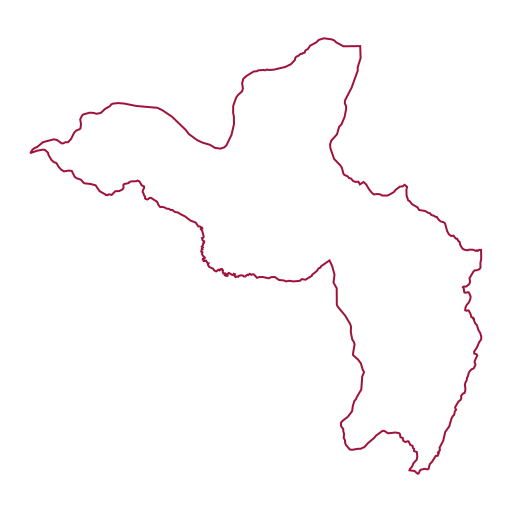 El Rosario, Nariño, Colombia (Robinson projection)
{"feature_id": "7082276B32433349406288", "entity_name": "El Rosario", "entity_type": "district", "adm_level": 2, "iso_a3": "COL", "parent_name": "Colombia", "parent_adm1": "Nariño", "projection": "robinson", "projection_center": [-77.45, 1.827], "detail": "fine", "context": "isolated", "style": "outline", "palette": "rose", "viewbox_px": 512, "rotation_deg": 0, "n_neighbors": 0, "source": "geoboundaries", "source_scale": "gbopen_adm2", "svg_char_len": 6040}
<svg xmlns="http://www.w3.org/2000/svg" viewBox="0 0 512 512"><path d="M481.1,249.9L479.2,249.8L477.8,250.9L476.8,250.3L476.1,250.9L472.8,249.7L469.0,249.7L468.2,250.2L465.7,250.1L463.2,249.2L461.7,247.5L460.1,244.6L459.6,241.9L458.1,240.8L457.2,238.8L456.3,238.8L455.2,237.9L453.4,235.6L451.1,236.0L448.9,234.3L447.1,231.0L445.1,223.6L444.0,222.4L440.4,221.3L438.5,219.5L436.8,216.9L435.4,216.9L434.2,215.9L431.4,215.0L430.0,213.3L428.5,213.0L425.2,211.0L419.1,210.0L417.6,207.4L412.0,204.2L409.7,201.2L408.2,200.4L406.6,195.7L406.4,190.1L407.0,186.8L404.6,184.8L402.6,186.4L400.0,186.6L395.9,189.6L393.7,192.2L387.8,195.5L382.1,195.5L380.3,194.4L377.7,194.0L373.7,194.4L371.7,192.6L368.9,189.1L366.2,184.5L363.6,182.0L359.9,184.4L358.4,181.7L355.6,181.9L353.3,181.1L350.9,178.5L349.1,178.1L347.6,176.3L344.5,175.0L343.5,173.9L341.9,167.9L340.6,165.7L334.1,158.9L330.4,148.2L330.1,144.4L331.2,140.7L337.0,134.3L339.1,126.9L341.6,124.1L344.6,116.9L346.2,108.6L346.0,105.9L344.9,103.6L344.9,100.6L351.5,87.9L357.7,70.7L357.7,67.3L360.6,58.1L360.2,46.1L343.5,46.3L336.1,42.3L334.2,40.4L331.8,39.4L323.9,38.3L318.7,39.9L316.3,42.4L310.1,45.7L308.0,48.9L305.4,50.5L304.6,52.7L302.8,53.1L302.0,53.9L300.5,53.9L298.3,55.9L296.4,56.6L295.4,57.8L294.8,60.1L290.9,64.2L285.2,67.0L273.6,69.7L268.8,70.0L267.0,69.5L265.2,70.3L263.6,70.0L258.5,70.3L257.0,71.2L253.7,71.5L246.7,75.8L243.3,78.8L242.1,83.4L242.9,88.2L242.2,91.2L238.1,94.9L236.2,97.5L233.2,105.9L233.1,112.6L233.9,116.7L234.0,124.1L231.5,134.9L226.4,145.4L224.1,147.4L221.9,148.2L220.4,148.6L215.1,147.9L209.9,144.8L202.7,142.7L197.3,140.2L188.9,134.1L185.8,130.0L172.1,116.8L162.2,110.1L157.4,107.8L136.5,106.0L123.7,103.5L118.1,103.1L112.9,103.6L111.3,104.4L109.9,106.2L105.2,108.8L100.8,112.9L96.6,113.8L93.5,112.9L89.7,112.7L83.7,114.3L82.2,115.3L80.2,119.3L81.0,124.1L80.5,128.3L79.6,129.2L76.3,130.5L74.2,132.6L70.9,139.2L68.1,142.2L65.1,142.3L63.4,143.3L61.7,143.4L57.2,140.1L53.9,139.3L45.5,141.5L42.8,142.3L37.3,146.9L33.9,148.5L32.4,149.8L30.7,152.6L30.9,152.9L36.8,150.8L42.4,149.7L44.7,149.8L48.0,152.7L48.5,155.0L51.4,159.9L54.2,162.4L55.6,162.6L56.5,163.2L58.6,166.8L61.1,169.6L64.1,171.4L68.4,170.6L71.7,170.9L74.8,177.0L77.1,178.4L81.0,179.7L83.0,182.2L84.4,183.3L90.6,184.0L95.6,185.3L99.6,191.2L105.2,194.3L105.6,194.9L107.4,195.2L108.9,194.3L111.7,194.9L115.3,191.2L119.2,191.1L122.6,189.4L123.5,187.7L123.4,185.0L124.2,184.0L128.6,183.1L129.3,182.1L131.2,181.4L136.6,181.2L137.6,180.6L139.3,181.3L141.7,185.3L144.1,186.5L144.0,188.2L142.9,190.2L142.6,191.9L143.6,193.6L143.9,195.1L145.1,196.7L145.0,198.3L145.6,198.9L147.5,199.5L149.7,197.9L151.1,197.9L157.1,201.8L158.4,204.9L160.2,207.1L162.4,206.9L165.0,207.6L166.4,208.6L168.9,208.8L170.7,210.0L172.3,209.9L174.8,211.9L178.6,212.7L179.6,213.7L185.4,216.6L190.3,220.5L195.7,222.6L198.3,226.4L199.6,226.4L202.2,227.8L202.3,228.4L200.9,228.6L200.7,229.0L202.2,230.7L203.7,236.7L203.2,237.7L201.9,238.1L202.6,240.3L204.1,241.2L204.2,241.7L203.6,242.2L204.0,242.8L202.9,244.0L203.1,245.0L201.8,246.7L202.9,247.5L202.0,248.6L202.3,249.2L201.7,249.3L201.3,251.7L202.4,252.1L202.0,254.1L202.9,255.7L204.9,257.7L204.4,258.5L202.9,258.8L202.8,259.6L203.5,259.9L203.5,260.9L204.0,261.2L206.0,260.6L207.7,263.3L208.6,263.4L207.9,264.8L209.2,266.9L213.2,268.8L213.9,270.1L215.7,271.3L216.3,271.4L218.4,269.7L219.4,270.4L220.4,269.3L221.0,269.7L221.5,269.0L222.2,269.2L223.0,270.4L222.7,271.9L223.4,273.6L225.0,273.3L225.6,274.2L224.9,275.3L226.0,275.9L227.5,275.9L227.8,275.0L227.4,273.9L228.9,272.9L232.3,275.0L233.2,274.8L233.7,273.8L234.9,274.2L234.5,275.7L235.5,277.1L236.9,276.4L238.2,276.8L239.0,275.7L241.4,275.3L243.0,275.6L243.9,276.4L245.3,276.5L246.6,275.2L247.7,274.7L248.3,275.1L249.7,273.8L251.2,274.8L252.7,274.2L254.1,274.6L257.0,277.8L259.2,277.1L262.8,277.0L268.8,278.3L271.3,277.1L274.8,277.0L279.0,280.0L283.7,280.4L286.0,281.4L289.1,280.8L293.4,281.4L299.8,280.9L301.7,279.1L305.5,279.7L311.8,275.9L312.2,274.7L316.9,270.9L318.6,268.4L320.4,267.6L321.0,266.3L329.5,260.4L332.2,266.2L334.5,274.7L333.5,282.5L336.7,288.3L336.8,304.4L337.6,306.5L345.3,315.8L350.0,323.7L351.0,326.5L350.8,332.1L352.2,339.3L354.0,342.3L354.6,344.3L353.1,352.9L353.1,355.2L358.1,359.6L360.9,363.4L362.8,370.0L363.7,371.3L363.9,372.5L362.2,376.7L361.3,389.5L356.9,396.9L355.9,399.3L354.3,401.1L352.8,406.1L352.1,411.2L347.8,416.8L342.6,420.8L340.9,422.8L341.1,426.2L343.2,429.0L343.3,431.3L344.1,433.9L343.7,437.8L345.0,440.2L345.1,442.7L345.9,444.9L349.8,449.5L352.1,449.8L358.5,448.7L360.2,448.9L364.4,447.1L368.0,443.1L374.3,437.8L375.8,435.8L382.6,430.8L384.5,431.0L388.0,433.3L395.6,432.5L398.9,433.1L399.8,433.8L400.5,437.3L402.7,437.9L402.9,439.8L403.5,441.0L405.4,442.0L407.9,441.2L408.7,441.5L410.2,444.8L412.6,445.9L412.9,448.0L414.0,448.8L414.1,451.1L416.8,452.0L417.3,456.4L416.7,459.7L413.4,463.3L412.2,466.4L410.0,468.9L409.5,470.3L414.5,471.0L417.6,473.7L418.6,473.5L420.1,470.2L420.9,469.7L424.7,468.8L427.3,469.4L428.5,468.9L429.8,464.1L432.1,461.7L435.7,455.9L437.7,455.8L438.7,453.3L438.1,453.3L438.0,452.4L439.9,450.3L439.6,447.5L443.2,440.8L445.2,432.0L449.3,426.3L451.4,418.8L452.6,416.3L454.2,414.8L454.8,411.3L456.1,409.8L455.2,408.0L455.2,407.1L458.4,401.6L460.6,399.9L461.3,398.1L461.1,395.8L463.1,393.4L464.4,393.1L465.2,391.2L465.4,387.9L464.9,385.7L465.2,383.1L466.7,380.2L467.0,377.8L467.9,376.3L468.9,372.4L471.2,369.5L473.7,368.4L475.3,365.3L475.4,364.0L474.7,362.8L474.6,361.3L477.3,355.3L476.5,354.3L474.3,353.6L474.1,351.7L477.0,347.3L479.2,342.1L481.2,339.3L481.3,336.9L480.3,333.2L478.3,329.7L476.9,325.2L475.3,323.5L474.0,320.3L474.0,318.8L473.2,317.9L472.8,318.2L472.5,317.5L471.3,317.0L470.5,313.8L468.8,310.7L468.1,310.3L466.7,310.8L465.2,310.3L465.4,307.7L466.6,305.1L469.0,302.2L470.3,299.0L470.6,296.3L468.8,292.5L467.9,292.2L465.2,292.8L464.3,292.3L463.7,288.2L462.9,287.2L463.6,286.6L466.3,286.5L469.1,284.3L470.1,281.9L469.5,278.2L473.6,271.3L474.9,270.3L476.6,270.3L479.4,269.2L480.5,267.6L480.4,262.9L481.2,259.0L481.1,249.9Z" fill="none" stroke="#9f1239" stroke-width="2"/></svg>